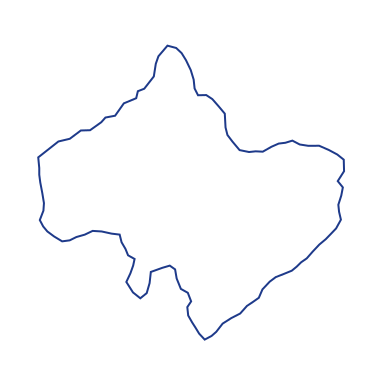 the district of Marmelópolis, Minas Gerais, Brazil, rotated 174°
{"feature_id": "56859067B23213447356300", "entity_name": "Marmelópolis", "entity_type": "district", "adm_level": 2, "iso_a3": "BRA", "parent_name": "Brazil", "parent_adm1": "Minas Gerais", "projection": "mercator", "projection_center": [-45.172, -22.465], "detail": "fine", "context": "isolated", "style": "outline", "palette": "blue", "viewbox_px": 384, "rotation_deg": 174, "n_neighbors": 0, "source": "geoboundaries", "source_scale": "gbopen_adm2", "svg_char_len": 1512}
<svg xmlns="http://www.w3.org/2000/svg" viewBox="0 0 384 384"><g transform="rotate(174 192 192)"><path d="M201.1,340.1L211.2,330.5L214.6,323.3L217.9,310.9L228.7,299.7L235.3,297.9L237.7,291.1L250.5,287.3L260.5,275.9L270.3,275.1L274.9,270.9L286.9,264.1L296.1,264.8L308.0,257.7L319.6,256.2L341.3,242.5L341.4,231.8L342.1,225.1L341.9,217.3L341.0,206.6L340.4,196.4L341.7,189.0L346.3,180.0L343.6,173.3L340.0,167.9L333.8,162.2L326.3,156.5L318.7,156.7L311.7,159.3L303.1,160.8L294.9,163.7L286.0,162.2L276.3,159.0L268.4,157.2L267.3,149.4L264.1,142.3L262.2,135.7L256.1,131.4L258.2,125.0L261.8,117.5L266.7,109.4L261.2,98.3L254.5,91.7L247.6,96.2L243.7,105.8L241.3,116.8L229.4,119.7L221.8,121.1L216.9,116.8L216.3,107.6L213.2,96.8L206.7,92.2L204.3,83.3L208.7,78.0L208.7,69.6L205.6,62.5L202.6,56.5L199.7,50.4L194.8,43.9L187.6,46.8L182.5,50.4L175.3,57.9L166.1,62.5L156.8,66.1L149.2,73.0L142.7,76.4L136.6,79.8L132.1,87.8L124.1,94.7L117.6,98.6L109.6,100.8L101.0,103.3L95.7,106.8L90.8,110.7L84.8,114.0L78.2,120.1L70.9,126.4L63.9,131.1L58.4,135.7L52.5,140.7L46.8,148.9L47.8,156.9L47.8,164.0L43.9,172.9L41.5,180.8L45.9,187.6L38.6,196.8L37.7,208.3L43.6,214.1L51.4,219.4L60.7,224.7L71.6,225.8L79.9,228.0L86.8,232.6L94.0,231.2L100.7,231.1L108.2,228.7L117.4,224.7L124.5,225.8L131.1,225.8L140.3,228.7L146.5,237.9L150.8,245.0L151.9,252.7L151.2,266.5L156.8,274.8L162.1,282.3L167.7,286.9L175.9,287.6L178.6,294.7L178.6,303.6L180.5,313.4L184.2,323.7L187.8,331.2L192.7,336.9L201.1,340.1Z" fill="none" stroke="#1e3a8a" stroke-width="2"/></g></svg>